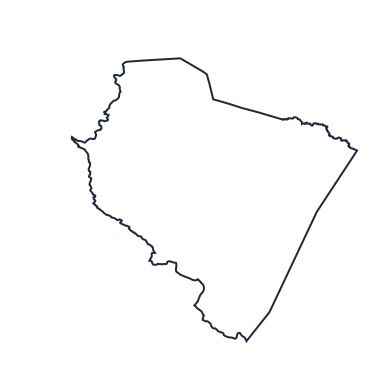 outline of Antofagasta de la Sierra, Catamarca, Argentina, rotated 115°
{"feature_id": "61730980B49626425367328", "entity_name": "Antofagasta de la Sierra", "entity_type": "district", "adm_level": 2, "iso_a3": "ARG", "parent_name": "Argentina", "parent_adm1": "Catamarca", "projection": "equal_earth", "projection_center": [-68.193, -26.047], "detail": "fine", "context": "isolated", "style": "outline", "palette": "slate", "viewbox_px": 384, "rotation_deg": 115, "n_neighbors": 0, "source": "geoboundaries", "source_scale": "gbopen_adm2", "svg_char_len": 5926}
<svg xmlns="http://www.w3.org/2000/svg" viewBox="0 0 384 384"><g transform="rotate(115 192 192)"><path d="M304.1,79.6L268.1,71.0L157.1,70.5L84.7,59.9L84.5,61.4L84.8,62.8L84.6,64.6L84.9,65.0L85.0,66.7L85.0,67.2L84.6,67.6L85.0,68.1L84.4,69.0L84.5,69.4L84.3,69.8L83.8,69.5L82.7,69.4L82.4,69.6L82.3,70.1L81.6,70.3L81.5,70.6L81.6,71.1L81.5,71.5L81.6,71.9L80.6,72.7L80.7,72.9L80.6,73.7L80.7,74.0L80.1,74.1L80.2,74.6L80.8,75.7L80.8,76.0L81.1,76.6L81.9,77.2L82.0,77.9L82.3,78.3L82.2,78.6L81.4,78.9L81.1,79.5L80.4,79.6L80.6,80.9L80.4,81.6L81.4,82.9L82.0,82.8L83.0,84.1L83.2,85.3L83.5,86.1L83.2,87.0L82.9,87.1L82.4,87.7L82.8,88.5L82.6,89.0L82.8,89.7L82.5,90.3L82.9,90.8L82.9,91.7L82.4,92.1L81.8,91.6L80.9,92.2L79.9,93.7L79.9,93.9L80.1,94.0L80.1,94.3L79.3,95.2L79.2,95.8L78.4,95.9L78.2,96.2L77.6,96.9L77.5,97.5L76.9,97.7L76.4,97.1L75.9,96.9L75.5,97.0L75.8,99.0L75.7,100.8L76.1,101.2L75.7,101.4L75.5,102.2L76.4,103.4L76.5,104.4L77.1,105.4L77.1,105.8L76.8,106.5L77.1,106.6L77.7,107.2L77.4,108.5L77.4,109.1L78.2,109.9L78.2,110.3L78.6,110.8L79.5,110.7L80.0,111.0L80.4,110.9L80.6,111.2L81.0,111.1L81.2,111.3L80.9,112.7L80.5,113.2L80.2,113.8L80.3,114.1L80.7,114.4L80.6,114.9L80.8,115.6L81.2,116.0L81.4,116.5L81.2,117.0L80.7,117.3L81.3,118.1L81.7,118.1L82.1,118.6L82.4,118.3L82.7,118.6L82.7,119.9L83.4,120.7L83.9,121.1L82.3,121.9L82.0,122.2L81.8,123.3L81.5,123.9L81.0,124.4L80.9,125.5L81.2,126.9L80.5,127.6L80.4,129.3L80.6,130.1L81.2,131.1L82.8,131.6L83.2,132.6L83.2,133.1L83.7,133.7L84.3,135.8L85.0,135.7L85.7,136.0L85.9,136.9L86.3,136.8L86.5,137.1L86.6,137.5L86.4,138.1L86.9,138.6L87.3,139.9L88.0,139.9L88.2,140.3L88.1,141.1L92.1,167.5L94.8,182.4L96.4,195.4L99.0,211.9L85.9,222.5L79.1,228.3L78.2,233.2L75.8,259.1L92.2,289.4L101.2,305.6L102.7,307.3L104.3,308.2L105.2,308.6L106.1,308.5L107.3,307.4L107.6,306.5L108.7,306.5L111.5,304.6L112.8,304.0L115.5,305.2L117.2,306.2L117.8,309.9L118.5,311.0L118.7,311.7L119.2,311.9L119.8,311.8L121.2,310.2L121.4,309.1L122.2,308.1L123.5,307.8L124.1,308.3L125.5,307.6L125.9,306.4L126.1,303.6L126.7,302.6L127.3,301.8L128.0,301.7L129.2,301.0L131.4,299.1L132.2,299.5L134.0,299.3L136.7,298.3L139.1,298.8L141.3,300.1L142.3,301.5L144.5,302.3L146.0,303.0L148.7,303.3L150.6,302.5L151.1,302.9L152.4,303.2L153.3,303.7L155.4,304.0L155.9,304.5L156.2,305.4L156.8,305.3L157.2,304.2L158.2,304.1L158.1,303.4L157.4,302.8L157.8,301.2L157.6,300.1L159.9,300.3L160.6,300.6L161.9,298.7L163.1,298.8L163.8,300.3L164.8,300.9L165.0,303.0L165.4,304.6L165.9,305.4L166.7,305.4L167.2,306.0L168.2,305.9L168.9,305.1L170.5,304.3L170.6,303.2L170.5,302.3L172.8,300.9L173.3,301.4L174.6,301.5L176.0,303.5L178.3,305.2L179.4,304.6L180.2,303.4L180.9,303.1L182.1,302.7L184.7,302.6L185.8,303.9L186.2,305.7L186.9,307.3L189.8,308.9L192.5,309.9L192.8,311.5L192.7,312.5L192.8,313.7L193.9,316.8L194.0,317.8L193.5,319.1L193.5,319.7L193.6,321.2L193.5,321.9L193.0,322.8L192.9,324.1L193.9,323.8L195.0,322.8L195.3,321.7L195.3,320.1L196.1,320.1L196.7,317.7L196.9,316.2L197.8,314.4L198.5,314.6L199.1,314.1L199.2,313.7L198.8,312.8L198.9,312.2L198.8,308.5L198.8,307.5L199.1,306.7L199.6,306.2L200.7,303.8L201.6,302.2L204.4,300.5L205.5,300.3L206.3,299.2L208.4,298.2L208.7,296.6L211.4,295.6L214.8,295.3L215.5,295.1L216.5,294.2L216.5,292.8L218.6,292.1L219.0,291.7L221.1,292.1L221.6,291.9L222.0,290.5L221.9,289.7L222.4,289.0L225.0,288.4L226.4,288.6L228.7,288.0L229.2,286.7L230.7,285.1L231.3,284.7L232.3,285.0L233.5,285.0L233.9,284.4L234.4,282.9L235.2,281.9L235.3,281.1L236.0,280.6L236.2,280.1L236.2,279.4L236.0,278.5L236.8,277.7L237.9,277.9L238.4,279.0L240.2,277.9L240.3,276.7L240.8,275.9L241.6,275.7L244.0,276.7L244.4,275.3L244.4,274.3L244.8,274.1L245.0,273.8L245.1,271.8L246.2,271.6L246.4,270.6L246.6,269.9L246.4,268.9L247.1,267.3L247.2,266.0L247.5,264.7L248.3,262.6L248.7,261.0L248.8,259.8L248.4,257.8L248.3,255.8L248.7,255.4L248.7,254.9L249.0,253.9L248.5,251.5L248.6,250.6L248.5,249.9L249.0,248.5L249.0,247.6L248.5,246.8L247.7,246.4L247.4,246.0L247.6,244.3L247.3,244.0L247.7,243.5L248.2,243.5L248.7,243.6L249.6,244.1L250.3,244.1L250.4,243.9L250.6,242.0L250.5,240.6L250.6,238.3L250.5,237.8L250.2,237.5L250.2,235.1L250.0,234.5L250.4,233.7L251.7,233.8L252.0,233.6L252.3,232.1L252.9,231.1L253.0,230.4L252.8,229.4L253.4,228.5L253.1,227.6L253.7,226.6L253.4,226.2L253.6,225.1L254.6,222.6L253.9,219.5L254.1,218.9L255.0,218.0L255.5,216.0L255.2,214.0L256.0,212.5L257.2,211.0L257.9,209.7L257.7,209.1L257.7,208.0L258.1,206.4L258.1,205.3L258.7,204.9L259.1,203.8L260.0,203.4L261.5,202.1L262.9,199.9L263.4,201.4L264.5,202.5L265.1,202.4L267.7,201.1L268.4,201.4L270.7,201.4L271.2,201.2L271.7,201.6L272.3,201.5L271.7,200.3L272.0,199.9L272.0,199.2L272.2,198.6L273.1,198.2L273.6,197.7L273.7,197.2L274.2,196.4L274.1,196.1L273.3,194.2L272.8,193.4L271.4,192.5L271.3,192.1L271.4,191.4L270.4,189.8L270.3,188.6L269.0,187.0L268.4,185.3L268.0,184.8L267.5,184.5L266.2,184.8L265.4,184.6L264.7,183.8L264.2,182.9L263.7,179.9L263.8,179.4L263.7,178.7L263.3,177.9L263.0,176.6L263.9,175.8L266.2,174.6L267.5,174.5L267.9,174.1L269.2,173.8L270.7,172.7L270.8,172.1L271.2,171.3L271.2,170.0L271.9,167.5L271.5,160.0L271.3,159.1L271.4,154.5L271.0,152.2L270.2,150.9L268.8,150.0L268.6,149.8L268.8,149.0L269.2,148.7L269.9,145.9L270.2,145.8L270.7,144.8L271.0,143.5L272.0,141.9L273.8,140.7L275.3,140.1L276.6,139.9L278.0,139.9L281.9,141.0L289.0,140.6L293.8,141.9L294.3,139.8L295.2,138.2L295.2,137.2L295.7,135.9L295.9,133.7L296.8,132.0L298.4,130.3L298.6,129.4L299.0,129.0L299.8,129.1L302.4,128.7L303.4,128.1L303.3,127.4L303.5,125.2L303.1,124.5L303.0,123.9L302.6,123.2L302.6,122.8L303.1,121.5L303.3,120.0L303.9,119.1L305.2,118.2L306.5,115.6L306.5,114.7L305.8,113.3L306.3,111.0L307.1,110.0L307.0,106.9L306.7,105.2L306.7,104.5L307.3,103.4L308.1,102.8L308.3,102.5L308.5,100.4L308.2,97.3L307.3,94.9L307.0,93.5L306.9,91.2L306.6,90.7L305.0,90.1L302.3,90.8L301.0,90.8L300.5,90.5L299.5,89.2L299.6,88.7L300.2,88.0L301.2,85.9L301.5,83.4L301.8,82.6L303.4,80.3L304.1,79.6Z" fill="none" stroke="#1e293b" stroke-width="2"/></g></svg>